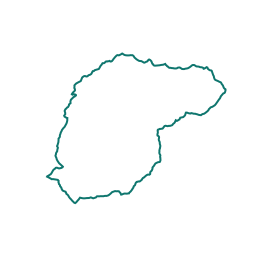 Kangpara, Tashigang, Bhutan (Equal Earth projection), rotated 209°
{"feature_id": "84629894B39590261295219", "entity_name": "Kangpara", "entity_type": "district", "adm_level": 2, "iso_a3": "BTN", "parent_name": "Bhutan", "parent_adm1": "Tashigang", "projection": "equal_earth", "projection_center": [91.702, 27.164], "detail": "fine", "context": "isolated", "style": "outline", "palette": "teal", "viewbox_px": 256, "rotation_deg": 209, "n_neighbors": 0, "source": "geoboundaries", "source_scale": "gbopen_adm2", "svg_char_len": 5761}
<svg xmlns="http://www.w3.org/2000/svg" viewBox="0 0 256 256"><g transform="rotate(209 128 128)"><path d="M87.9,219.4L88.8,219.3L89.2,218.4L89.7,217.5L90.2,217.0L90.4,216.5L90.6,216.5L90.9,217.0L92.0,217.0L93.1,216.8L93.6,216.5L94.7,216.1L95.3,216.1L96.1,215.9L98.1,215.0L100.4,215.2L101.2,214.9L102.0,214.4L102.4,213.8L102.8,212.7L103.4,211.3L104.2,209.9L104.7,209.2L105.9,208.2L106.7,207.6L107.4,206.8L109.3,205.8L109.8,205.9L112.1,206.0L113.5,205.1L114.3,203.8L115.1,203.2L116.7,202.4L117.6,202.2L118.5,201.7L120.1,201.2L121.0,200.7L121.9,200.7L123.1,201.1L123.8,201.0L124.5,201.4L125.5,201.5L126.5,202.1L127.9,200.4L129.2,199.5L131.0,198.0L134.6,195.6L135.5,195.3L136.3,195.4L136.9,195.9L137.4,195.9L138.0,196.1L139.9,197.7L141.5,198.2L142.6,198.2L142.9,198.0L143.3,196.9L143.3,196.1L143.4,195.6L144.0,195.0L145.2,193.2L145.9,192.9L148.7,193.0L149.5,192.6L150.8,192.1L151.9,192.1L153.8,192.2L156.5,192.8L157.9,193.6L158.7,193.8L159.5,193.8L159.9,193.5L161.0,193.0L162.3,192.0L164.1,191.0L165.6,190.4L166.4,190.2L167.9,190.2L168.9,190.4L169.2,190.3L170.0,188.8L171.2,187.1L172.2,186.8L172.6,186.6L173.1,185.9L173.7,183.7L174.2,180.9L174.2,180.3L174.5,178.7L175.1,177.9L175.7,177.6L176.6,177.8L177.2,177.1L178.1,176.5L178.5,176.0L179.4,175.7L179.8,174.8L180.1,173.6L180.6,172.9L181.7,172.3L181.8,170.3L182.1,169.4L182.1,165.7L182.2,165.4L184.5,163.1L185.2,162.3L185.4,161.4L185.8,160.9L186.4,160.6L186.4,159.7L186.3,157.7L186.5,157.1L187.0,156.2L188.1,155.0L188.5,153.6L189.5,152.8L190.5,152.7L191.3,152.3L191.8,151.7L192.5,150.2L192.5,149.4L192.2,147.3L192.1,146.1L193.6,143.9L194.9,141.8L195.5,139.6L195.4,139.0L194.8,138.2L194.4,137.0L193.6,136.5L192.7,135.4L192.7,134.2L193.1,133.3L193.3,132.4L193.5,131.0L193.5,130.3L192.7,130.2L192.0,131.0L191.0,131.6L190.0,131.7L189.5,131.6L189.3,131.2L189.7,130.6L189.9,129.7L190.6,128.7L191.5,125.5L191.6,124.8L191.2,123.2L190.7,122.4L190.3,122.0L190.3,121.6L190.9,120.5L191.0,119.9L190.6,119.1L190.6,117.3L191.2,116.4L191.5,114.8L191.8,114.3L191.8,112.6L191.6,112.1L190.5,111.1L189.6,109.7L189.8,107.8L189.0,107.2L186.4,107.1L185.9,107.3L184.7,105.0L184.3,103.6L184.0,102.1L184.0,100.9L184.0,98.2L184.5,96.4L184.8,94.1L184.6,93.2L184.6,91.3L184.3,90.4L184.1,88.7L183.5,87.6L183.3,86.8L183.6,85.0L183.0,84.0L182.0,81.8L181.3,78.6L181.3,77.8L181.0,77.5L180.3,77.2L179.7,76.7L179.4,75.2L178.8,73.5L178.6,73.1L178.7,72.7L178.8,71.7L178.6,70.8L178.2,69.8L178.1,68.8L177.5,68.1L176.1,67.1L175.0,65.9L174.6,65.7L173.7,65.1L171.2,63.8L167.7,63.0L166.2,62.6L166.2,61.9L166.5,61.5L167.0,60.7L168.7,59.2L171.0,58.8L171.9,58.1L172.1,57.1L172.9,55.4L173.0,54.2L173.0,51.5L173.2,50.0L173.8,49.1L174.4,47.8L175.2,46.7L175.2,46.2L173.1,46.3L170.9,46.3L170.0,46.2L168.7,47.0L165.4,48.2L164.2,48.6L163.6,48.2L163.0,48.1L162.6,47.0L162.4,46.7L161.8,46.3L161.2,45.5L161.0,45.4L160.3,45.3L159.5,44.7L159.1,44.1L157.8,43.7L157.4,43.5L156.6,42.6L155.7,42.2L155.2,41.7L154.5,41.6L152.8,41.8L151.7,42.0L151.0,41.4L150.7,41.3L150.1,40.6L149.8,40.5L148.8,40.4L147.5,40.0L146.4,39.2L144.9,38.5L143.2,38.0L141.1,37.2L140.1,37.0L139.4,36.7L138.8,36.6L137.8,36.7L137.3,37.8L136.7,40.8L136.5,41.4L136.2,43.8L134.1,44.4L132.6,45.0L131.5,45.7L129.7,47.0L129.2,47.2L127.9,48.1L126.9,49.3L124.4,49.6L122.4,51.7L122.1,53.1L121.4,53.6L120.0,54.3L119.2,54.9L116.6,56.3L115.2,57.5L114.0,58.1L112.8,59.2L112.0,60.6L111.2,62.8L111.0,63.6L110.7,64.4L109.7,65.4L109.2,66.1L108.6,66.6L107.7,66.9L105.9,68.0L105.0,68.2L104.6,67.9L103.0,67.4L101.7,66.4L101.1,66.9L100.0,68.3L99.1,69.1L97.2,70.0L95.5,71.3L95.6,71.5L95.4,72.4L94.9,73.8L94.6,75.8L94.6,76.3L94.5,76.8L94.6,77.1L94.4,78.4L94.7,79.7L94.6,80.3L94.2,81.2L94.2,81.5L94.2,81.9L94.4,82.4L94.6,83.8L94.4,84.5L94.3,85.0L94.0,85.1L93.8,85.4L93.1,86.2L91.9,86.9L91.6,87.4L91.5,88.0L91.2,88.4L90.8,89.6L90.9,90.4L90.7,91.5L90.3,92.0L89.9,92.8L89.9,93.2L89.6,93.7L89.5,94.1L89.2,95.0L88.6,96.2L87.9,97.0L86.7,97.5L86.4,98.1L86.3,98.4L86.4,98.7L87.1,100.1L87.1,100.5L87.0,101.1L86.7,101.7L86.6,102.4L86.8,104.1L86.9,104.4L87.3,105.0L87.4,105.5L87.2,106.5L87.0,107.3L87.0,107.7L86.9,108.3L87.0,108.7L86.8,110.3L85.8,111.8L85.1,112.7L84.4,113.2L84.1,113.4L83.8,113.6L83.7,114.1L84.0,115.6L85.4,117.8L85.8,118.1L86.1,118.7L86.3,119.5L86.8,120.1L87.7,120.6L88.2,121.0L88.7,121.7L89.1,122.7L89.5,123.2L89.8,124.1L90.1,124.9L90.2,125.8L90.6,126.7L90.6,126.9L90.8,127.5L91.3,128.4L92.5,129.5L93.0,130.4L93.9,131.5L94.8,132.0L95.3,132.6L95.7,133.2L95.9,134.0L96.3,134.9L96.6,135.3L97.4,135.7L98.5,135.7L98.8,136.0L99.3,137.0L99.5,138.0L99.9,138.9L100.7,139.9L101.0,140.6L101.0,141.0L100.7,141.2L99.9,142.5L99.2,142.9L98.2,143.7L97.7,144.0L97.4,144.4L97.3,145.2L97.2,146.2L97.1,146.5L97.0,147.4L96.2,148.2L94.5,148.7L94.1,148.9L93.2,149.8L92.8,149.9L92.2,150.3L90.8,151.8L90.6,152.5L90.5,153.6L90.0,154.6L89.8,155.5L90.0,158.0L89.7,158.0L88.7,157.9L88.4,158.2L88.1,158.8L87.7,159.4L87.6,159.8L87.3,160.2L87.1,160.5L87.2,161.3L87.3,162.3L85.0,164.3L84.8,164.8L84.3,166.5L84.3,167.1L84.7,168.7L84.8,169.3L84.7,169.7L84.1,169.8L83.7,170.1L82.2,170.3L80.6,170.8L80.2,171.1L80.1,171.5L79.7,171.8L79.3,171.9L77.3,172.4L76.2,173.0L75.6,173.2L75.2,173.2L74.3,173.5L72.4,173.8L70.8,174.4L70.4,174.6L70.0,175.6L69.4,176.5L68.5,177.2L67.6,178.8L67.2,179.9L66.6,181.2L66.6,181.5L66.3,182.4L66.3,182.8L66.4,183.4L66.3,184.0L65.9,185.1L65.8,185.9L65.4,186.5L64.5,187.4L63.1,190.0L62.8,191.5L62.3,196.3L62.3,197.0L62.0,198.1L62.0,199.6L62.2,200.3L62.1,201.2L61.4,204.5L61.0,204.9L60.6,205.4L60.5,206.1L60.6,206.8L61.1,208.6L61.7,209.2L62.3,209.1L63.7,209.6L65.6,211.2L67.5,212.0L68.0,212.4L68.7,212.8L69.0,212.9L70.7,212.7L72.0,212.7L74.7,212.4L75.4,212.5L76.0,212.8L77.3,213.9L77.8,214.6L78.2,215.0L79.3,215.7L82.5,218.6L83.0,218.7L84.4,218.2L85.1,218.2L86.8,218.5L87.9,219.4Z" fill="none" stroke="#0f766e" stroke-width="2"/></g></svg>